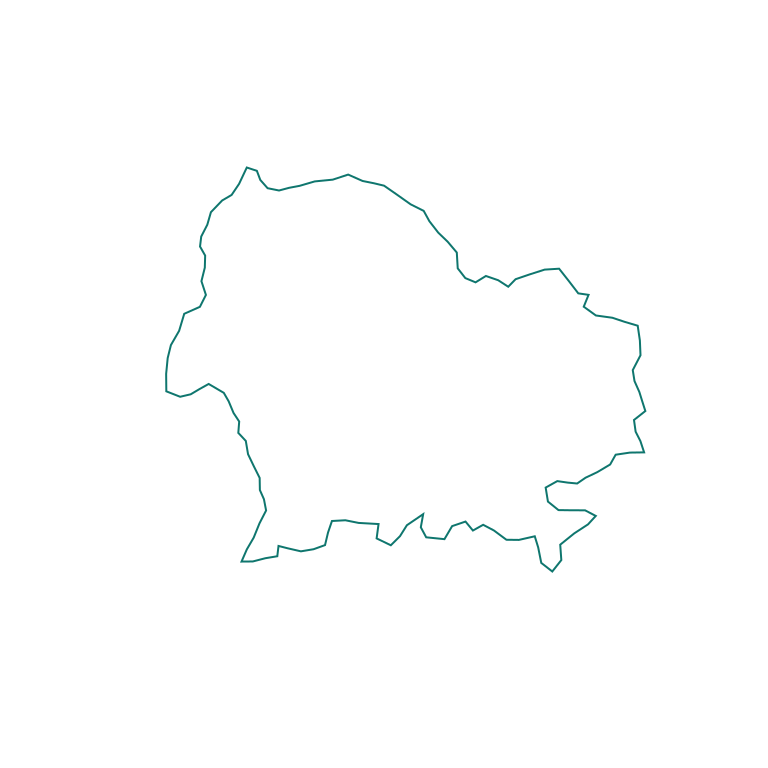 the district of Paraí, Rio Grande do Sul, Brazil, rotated 227°
{"feature_id": "56859067B73323453228912", "entity_name": "Paraí", "entity_type": "district", "adm_level": 2, "iso_a3": "BRA", "parent_name": "Brazil", "parent_adm1": "Rio Grande do Sul", "projection": "robinson", "projection_center": [-51.795, -28.595], "detail": "fine", "context": "isolated", "style": "outline", "palette": "teal", "viewbox_px": 768, "rotation_deg": 227, "n_neighbors": 0, "source": "geoboundaries", "source_scale": "gbopen_adm2", "svg_char_len": 1822}
<svg xmlns="http://www.w3.org/2000/svg" viewBox="0 0 768 768"><g transform="rotate(227 384 384)"><path d="M230.1,591.2L241.3,600.8L253.6,609.3L265.5,602.3L276.7,596.2L289.6,585.7L304.3,582.8L309.7,594.4L317.8,587.9L333.3,589.4L348.9,590.7L358.1,579.5L364.8,565.3L370.9,551.7L370.4,541.2L382.0,538.3L393.5,532.2L395.9,520.3L406.0,515.7L418.3,516.8L430.5,526.9L444.6,527.6L457.7,526.9L472.1,528.2L483.5,531.1L497.3,526.0L514.2,522.5L529.0,519.3L537.6,513.6L547.1,506.8L561.6,500.6L568.4,485.9L579.4,471.5L586.5,457.4L592.2,448.4L597.1,439.2L606.6,432.4L617.6,432.7L626.6,436.4L635.9,431.3L629.2,414.5L626.2,401.5L628.6,390.8L627.7,374.6L621.0,363.4L616.5,350.9L610.0,343.2L599.9,340.8L591.3,332.3L583.7,320.6L570.6,314.5L566.0,302.0L571.6,285.8L562.6,270.4L557.8,254.7L550.5,243.5L540.0,231.6L527.1,219.8L513.7,226.2L508.3,235.6L506.1,245.7L503.6,255.8L486.8,260.8L477.3,258.6L465.4,254.2L455.3,252.5L447.6,244.1L436.6,244.1L425.4,236.7L412.6,232.7L400.1,229.0L391.1,220.9L381.6,217.6L371.9,211.5L367.0,197.9L360.5,183.9L356.6,170.9L351.3,158.7L343.7,167.0L337.5,178.4L330.8,188.5L337.5,196.4L329.7,201.4L318.3,209.1L311.2,219.8L306.4,231.0L313.5,241.7L319.3,252.5L310.7,262.8L299.7,270.7L285.3,284.5L276.1,273.3L261.4,279.0L261.8,291.9L265.1,304.4L262.1,323.9L254.1,313.2L243.1,310.3L229.3,322.4L233.6,336.9L227.8,349.8L216.2,349.1L213.4,360.5L201.9,364.5L186.6,367.3L178.0,376.3L169.8,390.4L159.3,385.3L145.9,377.0L132.1,379.2L134.3,393.6L146.3,403.3L145.0,421.3L142.2,437.5L143.1,448.9L154.5,444.9L163.3,435.5L172.8,425.6L186.2,423.7L198.0,431.6L194.8,444.5L186.6,451.1L179.5,457.4L178.0,467.5L174.1,479.8L170.9,494.5L174.3,505.2L166.1,517.1L156.6,527.6L167.4,532.6L177.5,535.5L187.2,542.3L186.0,556.7L195.7,561.3L204.0,565.3L215.3,569.2L224.5,575.4L230.1,591.2Z" fill="none" stroke="#0f766e" stroke-width="2"/></g></svg>